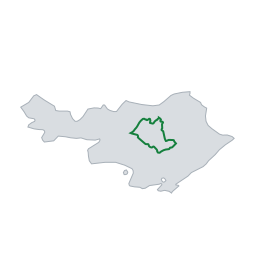 Armenia, with Kotayk highlighted, rotated 147°
{"feature_id": "ARM-1673", "entity_name": "Kotayk", "entity_type": "Province", "adm_level": 1, "iso_a3": "ARM", "parent_name": "Armenia", "parent_adm1": "", "projection": "robinson", "projection_center": [44.631, 40.391], "detail": "fine", "context": "in_parent", "style": "outline", "palette": "green", "viewbox_px": 256, "rotation_deg": 147, "n_neighbors": 0, "source": "natural_earth", "source_scale": "10m", "svg_char_len": 3420}
<svg xmlns="http://www.w3.org/2000/svg" viewBox="0 0 256 256"><g transform="rotate(147 128 128)"><path d="M114.7,152.1L112.9,149.3L103.7,140.2L95.1,133.1L89.3,130.3L83.4,130.6L74.2,131.9L70.8,131.4L62.9,128.3L56.2,124.7L57.2,123.2L58.6,122.1L56.9,117.4L53.2,109.9L53.7,107.5L52.5,104.2L51.2,101.8L56.5,95.9L58.9,91.1L59.4,86.5L58.0,81.7L54.6,73.0L52.5,70.5L48.6,68.1L45.4,64.2L44.6,61.5L47.3,61.0L55.4,60.9L63.2,60.0L69.3,58.2L78.2,56.7L81.9,55.3L86.1,54.7L99.1,56.1L103.9,55.0L118.5,54.8L118.9,54.2L116.9,52.4L116.9,51.7L125.6,50.5L126.9,49.7L128.1,52.6L131.3,55.8L134.9,57.1L136.8,58.9L136.9,60.3L130.6,61.9L130.2,62.7L130.6,63.5L132.5,63.9L141.3,68.0L146.3,68.1L149.0,69.3L150.3,71.8L154.6,75.1L157.9,78.3L158.1,79.4L157.5,81.0L148.1,87.3L146.9,89.5L146.8,91.7L151.0,98.6L157.1,106.0L165.9,111.7L178.1,117.8L178.3,121.6L176.4,126.1L174.7,129.2L174.0,131.3L172.5,132.1L160.4,131.9L158.6,132.7L157.8,133.6L157.7,134.3L162.1,135.7L168.9,140.6L172.8,145.3L176.9,147.4L181.5,151.1L185.2,154.7L190.9,159.2L197.3,157.7L205.8,161.8L206.2,164.5L205.6,167.0L200.3,169.6L199.7,170.7L199.7,171.7L200.4,173.0L203.5,175.2L207.2,178.4L211.4,183.3L209.6,184.7L205.7,184.9L202.7,184.4L201.6,185.3L201.7,186.9L205.7,190.6L206.5,193.3L206.3,198.0L206.6,203.9L197.3,203.5L189.5,206.3L186.5,205.8L184.5,200.8L182.8,196.7L177.8,186.3L179.1,182.0L176.3,179.5L169.5,175.1L167.8,173.2L168.8,170.7L169.4,166.1L168.7,162.4L166.9,161.3L163.6,161.2L159.5,162.1L151.3,165.7L145.6,163.4L142.3,161.1L140.4,159.1L136.2,160.8L135.1,160.0L134.9,155.2L133.6,152.6L131.1,149.6L128.7,148.1L119.9,151.1L114.7,152.1ZM128.1,66.7L128.4,64.9L128.0,63.4L126.6,62.9L124.8,63.3L124.7,65.0L125.2,66.7L127.0,67.4L128.1,66.7ZM156.1,93.2L154.1,94.2L152.2,93.7L152.2,91.1L153.6,90.0L155.1,90.1L156.6,91.0L156.1,93.2Z" fill="#d9dde1" stroke="#a8b0b8" stroke-width="1"/><path d="M114.9,90.0L116.2,91.0L116.3,92.2L116.2,92.6L115.8,93.2L115.7,93.8L115.7,94.4L116.3,97.8L116.5,98.3L116.8,98.6L117.1,98.7L118.3,98.6L118.6,98.7L118.9,98.9L119.3,99.3L119.9,100.2L120.1,100.8L120.2,101.3L120.1,101.8L119.9,102.6L119.8,103.1L119.9,103.4L120.0,103.6L121.6,104.6L122.0,105.0L122.2,105.5L124.7,114.0L124.8,114.8L124.3,115.3L124.0,115.7L123.9,116.4L123.9,116.9L124.1,117.3L127.7,121.2L128.5,122.3L126.6,122.2L124.9,122.4L122.9,123.2L121.0,123.7L119.5,124.3L115.5,126.4L113.3,127.1L110.7,127.5L110.3,127.4L109.7,127.1L109.3,126.8L108.8,125.6L108.3,125.4L107.9,124.4L107.5,124.2L107.2,124.1L106.1,124.2L105.2,124.2L104.9,123.9L104.7,123.6L104.8,123.1L105.0,122.7L105.1,122.3L105.3,121.9L105.5,121.7L106.4,120.8L106.6,120.6L106.7,120.3L106.7,120.1L106.4,119.8L105.9,119.4L105.2,118.5L104.7,118.2L104.3,118.1L103.7,118.2L102.2,118.9L101.8,119.0L99.8,119.2L99.1,119.0L98.8,119.1L98.5,119.3L98.3,119.4L98.0,119.4L97.7,119.4L97.2,119.3L96.9,119.4L96.8,119.5L96.7,119.6L96.5,119.9L95.9,118.4L95.8,117.7L95.8,117.2L96.6,116.6L96.9,116.4L97.1,116.0L97.1,115.8L97.0,115.5L96.4,115.1L96.0,114.8L95.6,114.1L95.6,113.7L95.8,113.4L96.1,113.3L96.5,113.2L97.0,112.9L97.5,112.5L99.4,109.2L100.2,108.8L100.7,108.4L100.9,107.9L100.8,107.5L100.4,106.6L100.3,106.0L102.9,99.1L103.2,97.5L103.3,96.5L102.9,96.3L102.6,96.2L100.6,95.9L100.1,95.7L96.7,93.3L96.3,92.9L96.3,92.6L96.5,91.7L96.5,91.1L96.2,88.9L100.6,87.9L101.9,87.8L102.8,88.3L103.3,88.5L103.7,88.5L104.7,88.0L105.1,88.0L105.4,88.1L108.1,89.4L110.3,90.0L112.8,90.2L113.3,90.2L114.9,90.0Z" fill="none" stroke="#15803d" stroke-width="2"/></g></svg>